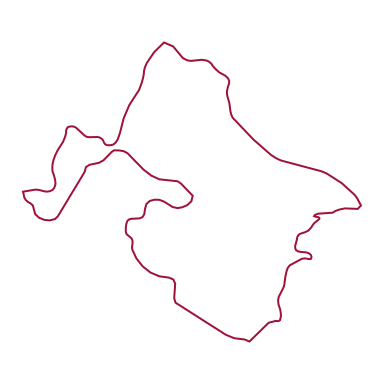 the border of Mehedinti
{"feature_id": "ROU-124", "entity_name": "Mehedinti", "entity_type": "County", "adm_level": 1, "iso_a3": "ROU", "parent_name": "Romania", "parent_adm1": "", "projection": "equal_earth", "projection_center": [22.715, 44.596], "detail": "fine", "context": "isolated", "style": "outline", "palette": "rose", "viewbox_px": 384, "rotation_deg": 0, "n_neighbors": 0, "source": "natural_earth", "source_scale": "10m", "svg_char_len": 2558}
<svg xmlns="http://www.w3.org/2000/svg" viewBox="0 0 384 384"><path d="M249.4,341.5L244.7,339.5L234.1,338.2L225.7,334.7L175.7,302.8L175.5,302.6L174.2,298.2L175.2,283.6L173.3,279.5L168.9,277.6L159.3,276.3L150.4,272.5L142.6,266.3L136.4,258.4L132.3,249.7L132.0,247.4L132.6,242.6L132.4,240.3L131.4,238.2L126.5,234.1L125.8,231.6L125.8,227.7L126.4,223.6L127.5,220.8L129.1,219.4L131.2,218.8L139.4,218.4L142.4,217.2L144.3,214.2L145.0,209.0L146.4,204.0L149.9,200.9L154.5,199.7L159.3,199.8L164.2,201.7L172.6,207.0L177.6,208.1L182.1,207.3L187.3,205.1L191.4,201.2L192.7,195.7L181.0,183.6L177.7,181.3L159.3,179.3L151.5,175.7L143.6,169.7L127.5,153.2L124.0,151.3L119.8,150.5L114.1,150.3L111.6,152.0L103.5,160.3L99.0,162.8L89.4,164.8L85.9,167.2L84.6,172.0L58.0,216.1L55.0,219.1L49.4,220.4L44.4,219.9L39.2,217.8L35.2,214.1L32.8,205.4L30.6,203.4L28.0,202.0L25.6,199.8L24.3,197.5L23.5,193.7L23.0,191.7L28.8,190.7L35.7,189.6L38.8,189.9L44.6,191.4L47.3,191.6L49.9,191.2L52.5,190.0L54.3,187.8L55.5,184.1L55.2,180.3L54.2,176.2L52.5,171.1L52.3,167.2L52.7,163.3L53.6,159.7L55.2,155.3L57.7,150.2L63.0,142.0L65.0,137.1L66.1,133.1L66.1,130.6L66.8,128.5L68.2,126.9L71.7,126.3L74.1,126.7L76.2,127.8L84.2,135.2L85.7,136.3L87.5,137.0L89.8,137.2L97.4,137.0L99.4,137.4L101.1,138.4L102.7,139.7L104.2,142.9L105.2,144.3L107.0,145.1L109.5,145.3L113.0,144.7L115.4,142.9L117.7,139.5L120.0,132.9L123.6,118.5L129.4,104.9L139.1,89.9L141.7,82.9L143.0,78.2L143.8,74.1L144.0,71.0L144.9,67.4L146.8,63.0L154.2,52.1L164.0,42.5L173.1,46.4L183.0,58.2L187.2,60.3L190.8,60.9L201.7,59.8L206.2,60.4L209.0,61.7L211.3,63.6L212.9,66.1L215.5,69.0L219.3,72.4L225.3,75.7L228.0,78.3L229.2,80.9L229.1,83.6L228.1,86.2L226.9,91.2L227.0,93.9L227.5,96.7L229.0,101.8L229.6,104.6L230.4,111.1L231.2,114.5L232.7,117.8L253.4,139.5L271.2,155.1L276.5,158.4L281.0,160.5L321.2,171.2L326.7,173.5L341.7,183.1L354.8,195.0L357.1,198.2L361.0,205.5L357.7,208.9L344.9,208.4L339.2,209.6L335.4,211.0L332.6,212.7L318.0,213.7L314.9,215.0L314.1,216.1L315.8,216.8L318.0,217.1L319.3,217.8L319.3,219.0L314.3,223.1L312.7,225.1L311.3,227.4L308.2,230.7L304.6,232.4L300.1,233.8L298.2,235.3L297.3,237.1L296.9,239.6L295.2,245.9L295.2,248.1L296.0,250.1L297.9,251.3L300.5,251.9L305.4,252.3L307.7,252.8L309.5,253.7L310.9,255.0L311.5,256.7L311.1,258.7L309.8,259.2L305.1,258.4L302.0,258.7L289.8,265.3L287.7,268.0L286.4,271.8L285.3,277.1L284.3,284.8L283.6,287.3L278.7,297.0L278.1,300.5L278.5,304.4L280.1,309.3L280.8,313.0L280.9,316.5L280.0,320.2L278.2,321.2L275.8,320.9L268.6,322.8L249.5,341.5L249.4,341.5Z" fill="none" stroke="#9f1239" stroke-width="2"/></svg>